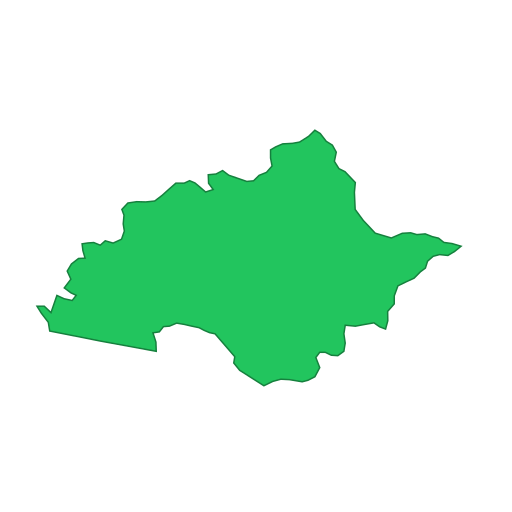 Galvão, Santa Catarina, Brazil (Mercator projection), rotated 19°
{"feature_id": "56859067B96587095974070", "entity_name": "Galvão", "entity_type": "district", "adm_level": 2, "iso_a3": "BRA", "parent_name": "Brazil", "parent_adm1": "Santa Catarina", "projection": "mercator", "projection_center": [-52.659, -26.443], "detail": "fine", "context": "isolated", "style": "filled", "palette": "green", "viewbox_px": 512, "rotation_deg": 19, "n_neighbors": 0, "source": "geoboundaries", "source_scale": "gbopen_adm2", "svg_char_len": 1804}
<svg xmlns="http://www.w3.org/2000/svg" viewBox="0 0 512 512"><g transform="rotate(19 256 256)"><path d="M270.7,117.9L266.8,125.7L260.1,134.1L253.8,137.6L244.7,141.3L239.1,146.4L235.2,150.9L237.9,158.7L241.9,165.7L238.7,173.5L232.7,178.7L229.2,185.7L223.0,188.5L212.5,188.5L204.0,188.5L196.6,186.1L191.5,191.5L184.4,194.7L187.5,202.7L193.9,207.1L187.5,211.9L181.8,209.6L174.5,206.8L168.7,206.4L164.4,210.5L156.5,213.2L151.6,221.8L147.5,229.2L142.3,237.0L134.1,240.8L125.5,243.5L117.6,247.6L114.0,255.6L117.9,260.4L120.0,268.9L123.4,275.3L123.4,283.9L116.7,290.3L108.5,290.7L105.2,296.5L98.2,296.1L92.8,298.4L87.6,301.1L90.6,307.3L95.1,313.7L89.0,316.1L84.1,323.6L82.4,331.7L88.5,338.2L85.1,348.6L93.0,351.1L98.8,351.7L96.7,357.9L88.4,358.9L80.6,358.1L80.6,365.7L80.6,376.3L72.1,372.4L65.3,374.8L71.7,380.0L81.2,386.3L85.4,394.1L136.5,387.1L192.7,378.6L189.4,370.0L183.6,362.2L189.3,359.2L191.5,352.9L197.0,350.5L202.8,345.3L210.6,344.0L217.6,343.3L225.5,342.3L231.3,343.2L237.0,343.6L242.6,342.9L268.7,358.1L269.8,364.4L277.8,369.4L305.7,376.1L312.7,369.1L319.6,364.4L327.9,362.0L340.6,359.9L345.6,356.6L351.0,351.0L352.6,340.8L345.6,332.5L347.6,326.3L352.9,324.5L359.5,325.3L365.8,323.6L370.1,317.5L368.7,309.3L364.4,300.9L362.9,292.4L372.8,290.0L381.1,285.3L389.3,280.8L396.0,282.7L402.3,282.9L401.7,274.3L398.5,265.5L402.3,256.3L399.7,248.6L399.9,238.0L406.3,231.6L412.7,225.5L416.6,217.4L420.1,212.3L419.9,205.1L423.6,198.6L429.1,194.9L437.3,193.0L442.4,186.9L446.7,180.0L437.3,180.4L429.2,182.0L422.8,179.7L416.4,180.3L408.8,180.0L401.1,183.4L394.7,183.7L386.9,186.9L378.1,194.9L361.3,195.6L345.9,187.5L334.6,179.7L328.3,163.7L326.0,154.2L312.7,147.3L306.0,146.4L299.3,141.0L298.1,131.7L292.1,126.3L285.1,124.7L276.9,119.3L270.7,117.9Z" fill="#22c55e" stroke="#15803d" stroke-width="1.5"/></g></svg>